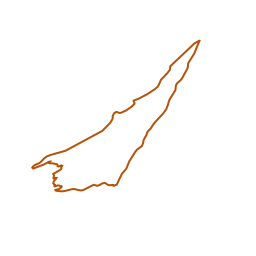 South Karelia, Equal Earth projection, rotated 333°
{"feature_id": "FIN-3188", "entity_name": "South Karelia", "entity_type": "Province", "adm_level": 1, "iso_a3": "FIN", "parent_name": "Finland", "parent_adm1": "", "projection": "equal_earth", "projection_center": [28.093, 61.258], "detail": "fine", "context": "isolated", "style": "outline", "palette": "amber", "viewbox_px": 256, "rotation_deg": 333, "n_neighbors": 0, "source": "natural_earth", "source_scale": "10m", "svg_char_len": 1949}
<svg xmlns="http://www.w3.org/2000/svg" viewBox="0 0 256 256"><g transform="rotate(333 128 128)"><path d="M231.3,82.7L220.6,91.9L211.8,97.1L210.5,98.2L209.0,100.9L207.8,102.1L198.5,108.4L196.5,109.3L192.3,110.4L190.9,111.1L189.7,112.3L188.5,114.2L187.4,115.8L178.0,121.5L176.1,123.2L175.3,124.1L174.4,125.2L170.6,128.6L165.8,131.1L156.1,134.6L152.5,136.1L147.9,138.8L144.1,140.0L143.1,140.8L141.1,142.7L137.1,145.3L135.9,146.5L134.8,148.1L132.2,150.4L126.4,151.3L123.5,152.6L114.0,158.3L108.0,163.5L101.7,166.1L92.2,173.4L91.2,173.2L90.6,173.2L89.1,173.1L88.9,172.9L89.1,172.7L89.4,172.5L89.0,172.0L85.6,170.6L84.6,169.9L84.0,169.1L82.9,167.0L82.3,166.3L79.7,165.7L76.7,165.9L74.3,165.5L73.4,164.6L71.5,163.0L59.9,163.0L57.8,162.3L56.0,161.1L52.9,158.4L50.8,157.2L42.6,155.3L40.3,154.4L35.8,151.5L35.0,150.6L35.1,150.2L36.0,150.3L37.0,150.7L39.1,151.0L41.1,150.8L42.1,150.4L42.3,149.6L41.7,149.3L41.0,148.8L40.6,148.1L39.9,147.5L38.9,147.2L36.8,146.9L36.2,146.8L36.0,146.4L37.1,145.4L36.5,144.4L36.3,143.4L37.6,141.9L39.8,140.8L40.9,140.5L41.6,140.0L40.8,139.6L40.4,139.4L39.5,139.3L39.0,139.3L38.8,138.7L40.2,137.3L40.6,136.4L40.5,135.0L48.2,134.5L49.4,134.3L50.6,133.5L50.6,133.1L50.6,132.7L51.1,132.4L51.6,132.1L52.1,131.8L52.0,131.7L51.9,131.3L51.8,131.1L50.2,131.1L48.6,130.7L47.9,129.9L48.4,129.3L48.3,128.1L44.8,125.3L42.5,124.1L41.5,123.2L42.6,123.0L43.4,122.6L42.4,122.2L36.1,122.3L25.2,121.1L24.7,119.9L25.8,119.2L28.0,118.7L32.7,119.0L34.1,118.9L40.0,116.9L43.1,116.5L46.6,116.8L62.0,119.9L103.8,118.9L114.3,115.4L117.8,113.3L118.7,112.4L119.1,111.7L119.4,111.1L119.7,110.6L121.1,109.4L122.5,108.5L124.2,108.3L125.2,108.6L127.1,110.6L128.7,111.3L134.6,111.5L140.9,110.6L144.7,109.4L145.2,108.6L145.1,106.9L145.4,106.3L146.6,106.2L150.2,106.7L160.6,106.6L169.5,105.6L173.1,104.7L174.8,103.7L179.3,100.0L187.4,97.2L191.7,95.2L193.7,92.2L225.6,82.8L231.2,82.6L231.3,82.7L231.3,82.7Z" fill="none" stroke="#b45309" stroke-width="2"/></g></svg>